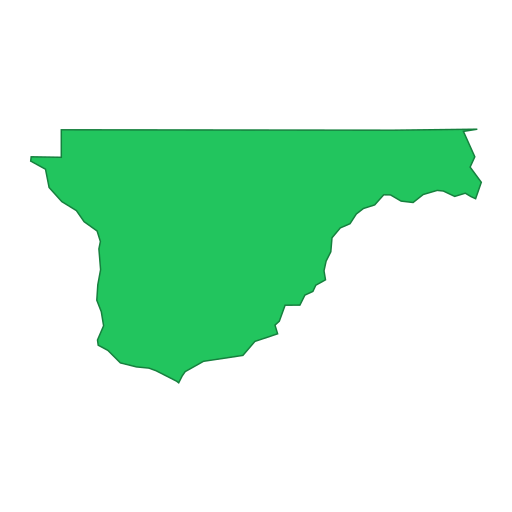 Franklin, Washington, United States of America
{"feature_id": "52423323B26709103627724", "entity_name": "Franklin", "entity_type": "district", "adm_level": 2, "iso_a3": "USA", "parent_name": "United States of America", "parent_adm1": "Washington", "projection": "equal_earth", "projection_center": [-118.831, 46.466], "detail": "fine", "context": "isolated", "style": "filled", "palette": "green", "viewbox_px": 512, "rotation_deg": 0, "n_neighbors": 0, "source": "geoboundaries", "source_scale": "gbopen_adm2", "svg_char_len": 921}
<svg xmlns="http://www.w3.org/2000/svg" viewBox="0 0 512 512"><path d="M178.7,382.8L182.2,375.9L185.2,371.6L203.5,361.3L242.9,355.4L254.9,341.4L277.6,333.8L275.0,325.1L279.3,321.2L285.1,305.2L299.9,305.1L304.9,295.1L312.9,291.4L315.8,285.2L325.5,279.8L324.0,270.8L326.1,261.1L330.8,251.8L332.0,237.8L340.3,227.9L350.0,223.7L356.3,214.0L363.4,208.5L374.7,204.9L383.7,194.8L390.5,194.9L401.1,201.1L413.1,202.5L423.2,194.5L437.2,190.4L443.3,191.0L454.7,196.4L465.3,193.2L471.0,196.6L475.6,198.7L481.3,182.3L470.1,167.1L474.8,156.8L463.4,131.4L477.3,129.2L393.5,130.2L61.3,129.8L61.3,157.3L31.2,156.8L30.7,161.1L45.5,169.2L49.1,187.5L61.8,201.6L76.4,210.6L84.1,221.7L97.1,231.0L100.4,241.5L98.9,248.9L100.6,269.7L97.8,284.8L96.8,300.2L101.3,311.7L103.6,325.8L97.5,340.0L98.2,345.2L107.9,350.4L120.4,362.9L136.4,366.9L148.9,368.1L156.0,370.7L176.6,381.2L178.7,382.8Z" fill="#22c55e" stroke="#15803d" stroke-width="1.5"/></svg>